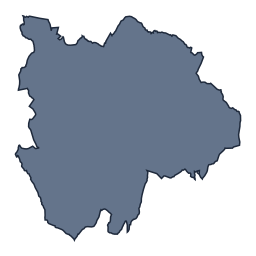 Españita, Tlaxcala, Mexico
{"feature_id": "50627088B92802360326073", "entity_name": "Españita", "entity_type": "district", "adm_level": 2, "iso_a3": "MEX", "parent_name": "Mexico", "parent_adm1": "Tlaxcala", "projection": "equal_earth", "projection_center": [-98.438, 19.441], "detail": "fine", "context": "isolated", "style": "filled", "palette": "slate", "viewbox_px": 256, "rotation_deg": 0, "n_neighbors": 0, "source": "geoboundaries", "source_scale": "gbopen_adm2", "svg_char_len": 5665}
<svg xmlns="http://www.w3.org/2000/svg" viewBox="0 0 256 256"><path d="M45.1,220.0L46.8,220.0L47.2,220.3L47.7,221.2L47.8,222.5L48.9,223.6L53.6,225.5L55.0,225.8L55.2,227.0L56.0,227.6L57.5,227.8L62.0,229.6L63.3,230.5L66.1,233.5L68.2,234.3L69.2,234.4L69.4,235.0L70.7,235.8L73.9,239.0L74.4,240.1L74.7,239.3L77.0,236.4L78.1,234.0L78.6,234.2L82.1,229.8L82.6,229.3L83.8,228.8L85.3,227.0L87.5,226.6L91.6,226.9L93.4,226.5L94.1,226.1L96.2,222.8L96.8,220.6L98.9,217.0L100.4,210.8L101.0,209.7L101.7,210.4L102.9,209.4L104.6,209.0L105.8,209.4L107.5,210.7L109.0,212.2L110.7,213.5L111.1,214.2L111.5,214.5L111.3,214.9L110.6,217.0L110.4,220.6L110.1,221.8L109.4,222.7L108.9,222.7L108.7,222.9L108.5,223.8L107.9,224.4L107.6,225.3L108.1,226.8L108.0,231.2L108.3,231.9L109.7,232.8L111.2,232.9L112.5,233.7L114.3,234.1L117.5,234.1L117.8,233.4L119.1,232.4L120.2,230.5L121.5,229.5L122.6,226.5L123.1,225.8L123.5,224.6L124.7,222.6L125.2,221.3L125.9,221.0L126.2,221.1L126.6,222.0L127.3,225.1L127.3,232.1L128.1,231.4L129.1,229.5L129.5,224.8L130.6,224.7L130.9,222.3L132.0,220.5L132.9,220.0L133.4,219.3L134.1,219.3L135.9,218.6L137.0,217.2L137.9,215.0L139.1,213.8L139.4,212.0L138.9,208.4L139.7,207.0L140.3,204.1L141.3,201.9L141.4,198.4L142.0,195.1L143.5,189.2L145.2,183.8L146.3,182.2L147.1,180.5L147.0,179.4L147.6,177.1L147.4,176.0L147.8,172.5L147.8,171.9L147.0,170.5L156.8,173.6L161.5,178.5L163.9,176.0L165.1,176.0L170.1,177.9L171.3,177.8L172.6,176.8L173.9,176.7L174.7,175.4L177.8,173.7L180.1,172.2L181.4,171.2L182.2,170.0L183.6,170.1L184.9,169.1L185.6,169.6L186.7,171.3L188.6,173.2L190.1,173.1L190.5,173.4L190.8,174.1L190.6,176.4L192.2,177.4L193.8,177.4L194.5,179.0L195.1,179.5L195.0,178.1L194.5,177.4L195.0,175.1L194.5,173.4L194.5,171.4L195.5,172.0L196.8,171.2L197.4,171.3L197.6,171.7L197.9,170.8L199.4,170.5L199.2,173.6L198.2,173.5L199.3,174.4L200.6,177.2L202.3,179.0L202.5,178.3L204.7,175.7L206.7,172.3L207.3,170.7L207.9,166.9L208.6,165.1L208.9,164.7L210.9,164.5L212.0,163.9L213.3,163.8L214.1,163.2L214.4,162.5L215.6,161.4L217.2,160.8L218.9,155.5L219.6,154.1L223.5,150.5L224.7,149.1L225.0,148.1L225.9,148.3L232.5,148.1L233.5,147.0L239.5,145.3L239.8,142.0L238.8,137.3L238.6,134.5L239.9,126.4L240.0,123.1L240.3,121.4L240.6,120.9L240.5,115.5L239.2,112.7L239.1,111.8L238.3,111.3L237.0,111.4L236.0,109.9L234.8,109.6L232.7,107.8L231.4,108.4L229.8,107.9L229.1,107.4L228.5,106.0L226.3,102.5L223.3,100.2L222.9,99.2L223.2,96.7L222.7,94.9L221.0,92.0L221.3,91.4L221.0,91.0L221.0,89.9L220.6,89.8L219.4,90.1L217.2,89.3L210.7,83.3L210.2,83.7L207.0,83.6L205.0,82.2L202.9,82.1L201.1,82.5L199.2,79.2L198.4,76.2L196.2,73.4L196.4,72.7L197.6,71.2L198.3,69.1L201.1,63.4L203.5,57.0L202.6,56.2L201.8,54.6L201.5,52.4L197.6,52.7L196.8,53.8L195.3,55.0L194.3,55.1L191.7,52.6L190.9,52.6L190.7,52.2L191.7,48.1L191.6,47.6L190.4,47.3L190.0,47.8L189.5,48.0L188.5,47.5L187.6,47.5L186.9,46.7L186.5,45.3L185.8,44.5L184.9,44.3L183.3,41.8L181.7,40.7L180.5,39.5L178.2,38.2L175.9,35.7L172.8,34.9L171.9,36.2L170.7,34.8L170.0,35.1L165.7,33.0L163.6,32.8L161.9,32.1L160.5,32.6L158.8,32.3L157.5,32.6L157.4,31.7L156.8,31.0L155.5,31.3L154.9,30.5L153.9,30.9L153.2,32.0L153.3,32.8L152.7,32.5L152.0,32.5L151.7,33.2L151.1,33.6L150.4,32.0L149.1,31.9L148.7,32.1L148.3,31.7L147.7,31.7L147.3,31.3L147.2,30.2L145.5,29.9L145.2,29.5L145.1,28.6L144.8,28.0L143.5,27.1L142.9,26.4L142.0,24.1L141.4,23.1L139.9,22.7L137.6,21.6L136.0,19.5L134.7,18.5L132.7,17.5L131.6,16.7L129.5,16.3L125.8,16.8L124.7,17.8L123.3,19.9L121.0,21.1L119.5,24.2L118.1,25.9L115.5,31.3L114.9,31.8L113.4,34.1L112.2,34.7L111.9,35.5L110.5,33.2L105.9,41.3L105.5,43.2L104.6,43.1L103.6,46.6L101.8,46.2L101.3,46.3L100.8,45.7L99.0,44.8L98.3,44.0L95.8,42.7L93.8,42.5L92.5,43.2L90.8,41.4L89.1,41.5L88.5,41.0L88.2,41.2L87.3,40.5L86.7,39.5L86.3,39.7L85.3,39.0L84.5,38.1L83.8,36.3L82.8,36.3L82.2,35.8L82.2,36.4L82.0,37.1L81.0,38.1L80.5,38.1L79.0,39.8L78.0,40.6L77.2,43.0L75.8,44.6L70.6,45.2L68.1,45.1L66.2,44.4L65.1,43.1L64.4,41.7L63.4,37.2L63.0,36.8L61.2,39.1L59.6,39.8L58.1,38.6L60.7,36.2L57.5,33.8L56.7,34.0L58.4,27.4L51.9,27.9L51.3,30.2L51.2,30.2L50.1,24.6L49.4,22.9L48.6,21.5L48.0,19.6L39.8,18.3L29.6,16.2L28.9,16.4L28.3,17.2L26.5,16.4L25.6,17.2L24.9,17.1L24.5,17.0L23.9,16.1L23.0,15.9L23.6,17.1L23.7,20.6L24.2,21.8L24.2,24.2L23.7,24.7L22.9,24.0L22.4,24.1L21.6,24.9L21.5,25.3L20.6,25.3L20.2,26.4L20.2,28.1L21.0,30.7L22.0,32.3L22.0,33.5L22.2,34.4L22.7,34.9L23.0,35.7L24.7,36.5L25.6,37.7L27.1,38.0L28.6,39.1L29.3,39.3L30.8,39.2L32.0,40.6L32.9,41.1L34.1,45.7L34.1,46.9L34.4,47.6L34.3,48.3L34.5,50.4L33.8,52.3L31.6,53.2L29.0,56.4L27.3,60.2L26.6,63.8L25.8,65.5L25.8,66.4L24.1,67.5L22.0,67.6L21.8,68.3L20.8,69.0L20.9,69.9L20.6,71.3L18.8,74.9L19.7,80.9L19.6,84.2L19.0,87.6L18.5,89.0L18.4,90.2L27.4,88.4L27.7,89.3L28.6,90.4L28.5,93.0L29.7,96.0L31.2,96.9L32.0,97.9L32.9,98.3L33.9,99.7L29.3,106.3L32.9,108.9L35.4,113.0L35.7,114.5L35.4,115.3L32.5,119.0L31.5,119.5L29.8,119.3L28.7,123.3L28.6,126.7L29.3,128.1L30.5,129.5L30.9,130.4L33.7,139.8L35.8,143.9L36.9,146.6L37.7,147.3L38.6,147.5L38.6,148.0L35.8,148.6L35.1,148.3L32.7,146.2L28.5,148.5L26.6,148.9L24.8,148.8L21.8,148.2L21.0,147.5L19.6,145.2L19.1,145.3L18.8,145.6L18.2,148.1L18.4,149.0L16.9,152.0L16.3,152.8L15.8,153.2L15.4,154.2L16.6,157.0L16.9,157.0L17.1,156.8L17.6,155.6L18.2,155.9L19.6,159.0L20.2,161.6L20.4,161.9L21.3,162.4L21.8,163.3L22.0,164.5L21.7,165.4L21.7,166.5L24.1,169.4L24.3,170.4L25.1,170.8L26.5,170.5L26.7,171.4L27.7,173.4L28.2,173.8L29.2,174.0L29.5,175.3L30.9,177.7L30.9,178.0L30.6,179.2L32.0,181.6L34.0,184.2L35.3,187.7L37.9,192.4L38.8,196.1L40.4,197.5L41.0,199.8L41.0,201.4L41.9,202.6L41.7,203.7L41.8,204.3L43.1,205.8L43.6,207.3L44.9,209.7L45.1,215.3L44.9,217.5L45.1,220.0Z" fill="#64748b" stroke="#1e293b" stroke-width="1.5"/></svg>